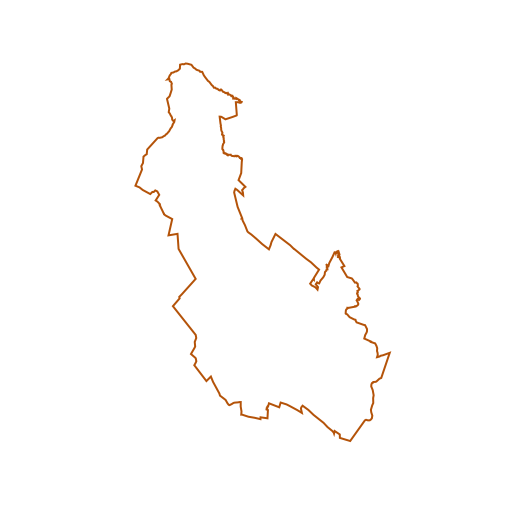 the district of Raucesti, Neamt, Romania, rotated 71°
{"feature_id": "2599482B39967061360083", "entity_name": "Raucesti", "entity_type": "district", "adm_level": 2, "iso_a3": "ROU", "parent_name": "Romania", "parent_adm1": "Neamt", "projection": "robinson", "projection_center": [26.386, 47.259], "detail": "fine", "context": "isolated", "style": "outline", "palette": "amber", "viewbox_px": 512, "rotation_deg": 71, "n_neighbors": 0, "source": "geoboundaries", "source_scale": "gbopen_adm2", "svg_char_len": 6046}
<svg xmlns="http://www.w3.org/2000/svg" viewBox="0 0 512 512"><g transform="rotate(71 256 256)"><path d="M50.4,265.5L54.1,267.0L55.1,269.1L55.5,271.2L55.2,272.5L55.6,274.3L55.3,276.4L56.2,277.2L57.2,278.8L59.6,280.9L60.2,282.1L60.5,280.3L62.7,280.6L63.7,279.6L65.8,279.5L66.5,280.2L71.2,281.5L74.6,284.0L76.8,285.7L77.2,286.4L78.3,288.8L78.5,289.0L88.4,290.0L91.6,291.7L93.3,291.1L95.8,290.8L96.3,290.5L98.0,290.4L99.6,290.8L100.7,290.6L101.3,290.2L101.4,289.9L101.1,288.8L102.7,289.7L104.5,292.0L104.9,292.1L106.8,293.8L107.5,295.1L109.9,297.7L110.3,298.6L111.4,300.3L111.7,301.6L112.5,302.8L112.7,304.5L113.2,305.9L112.9,308.6L112.4,309.7L112.5,310.7L119.9,324.2L124.2,326.2L124.5,327.7L125.4,330.0L131.3,332.6L133.7,335.2L137.1,335.6L150.3,347.1L153.2,343.8L156.7,341.6L163.0,335.8L161.7,333.1L162.2,331.9L161.2,329.9L162.8,328.3L166.7,327.6L170.8,332.8L172.5,331.5L175.7,330.0L176.1,330.1L176.3,330.5L177.3,330.5L177.8,330.2L178.2,330.3L183.0,329.7L185.3,329.5L185.8,329.2L186.6,329.4L188.4,328.2L193.8,323.2L208.0,332.0L209.5,323.0L224.1,326.9L258.0,320.5L268.0,338.5L269.7,341.9L271.2,342.0L276.4,350.9L311.0,338.7L314.1,339.2L317.3,341.9L321.8,343.0L323.0,344.2L327.5,349.4L332.7,346.4L333.4,346.3L336.1,346.7L337.2,347.7L339.2,349.9L358.1,343.6L355.3,337.9L361.0,337.6L374.1,335.4L376.3,335.5L382.2,331.6L386.0,330.9L387.7,330.3L388.2,329.9L388.4,329.6L388.1,327.2L387.6,325.1L387.7,323.9L388.6,320.4L388.7,319.2L389.1,318.0L393.4,319.5L398.2,320.3L401.2,321.6L401.4,320.9L405.5,315.5L408.5,310.0L411.7,304.9L410.0,304.2L413.2,298.0L405.6,294.9L405.3,294.9L404.8,295.7L404.5,295.5L404.3,295.9L403.5,295.5L403.6,295.2L402.3,294.5L401.9,294.0L402.2,293.6L399.5,291.7L406.6,283.3L402.6,280.4L406.3,275.4L408.9,272.9L415.2,267.1L419.3,263.7L414.9,263.2L413.9,262.5L412.7,260.7L418.6,256.6L425.0,253.3L435.8,246.4L441.0,244.1L446.3,240.8L448.4,240.0L449.3,240.0L447.1,238.6L452.0,234.9L455.3,235.9L461.6,227.2L446.9,206.6L446.7,205.3L447.9,203.6L448.4,201.9L448.0,200.6L447.2,199.3L444.8,198.0L441.2,197.9L438.8,197.4L435.0,194.7L433.2,193.0L428.5,191.5L426.0,190.1L420.8,189.3L416.8,189.5L415.0,188.7L413.9,187.7L414.0,186.9L413.3,186.2L413.9,184.0L413.9,183.1L412.2,179.2L412.1,177.3L391.1,161.1L391.2,168.3L390.9,170.7L391.3,172.0L391.1,172.8L391.2,173.6L391.1,174.5L389.2,173.1L387.2,172.6L385.2,172.5L382.6,171.4L380.0,171.4L377.4,171.8L374.7,175.4L374.4,175.1L369.3,180.5L366.3,178.5L364.3,176.3L363.2,175.5L361.2,174.8L356.9,175.4L356.1,176.7L351.5,182.5L349.8,182.8L348.7,182.7L347.9,183.9L344.3,187.4L340.8,188.8L339.8,189.9L339.2,189.9L338.4,189.4L337.7,189.2L336.5,188.6L335.9,188.0L335.3,186.3L334.8,186.3L335.2,185.2L336.2,178.5L335.8,178.5L336.0,177.5L335.9,176.6L335.7,176.0L335.2,175.2L334.3,174.8L331.8,175.0L330.7,175.3L329.7,174.0L329.5,173.4L330.8,173.3L331.1,172.9L330.5,171.8L330.0,171.5L328.8,172.2L327.0,172.7L325.9,172.4L325.0,172.7L324.1,172.6L323.8,171.7L323.6,171.6L322.1,171.5L322.1,170.8L321.7,170.3L321.3,169.0L320.8,168.8L317.8,169.9L316.9,169.2L315.2,168.9L314.5,169.5L313.7,169.7L313.4,171.1L309.7,172.2L308.4,172.7L305.6,176.6L294.6,178.9L294.3,175.7L286.1,177.6L285.4,177.2L284.0,177.1L283.6,177.6L284.1,177.6L284.2,178.1L283.8,178.7L283.5,178.4L282.7,178.5L282.5,178.2L281.9,177.9L282.5,177.6L282.5,177.2L282.3,177.0L282.0,177.1L281.5,176.5L281.0,176.7L280.3,176.6L280.2,177.0L279.7,176.8L279.6,177.2L279.3,177.1L279.0,176.5L278.3,176.5L278.4,176.9L278.1,177.3L278.7,177.6L279.0,177.9L278.4,178.1L278.4,178.7L278.6,179.0L278.9,178.7L279.2,178.8L279.3,179.0L278.9,179.4L279.4,179.7L278.6,179.7L278.1,180.5L281.8,184.0L286.5,189.0L289.1,190.8L286.5,192.5L287.9,192.0L289.7,192.8L290.3,192.5L291.9,192.8L291.7,193.7L292.8,194.3L293.4,195.7L293.8,196.1L296.1,197.2L298.0,199.3L300.2,203.0L302.5,205.2L301.9,206.1L300.8,206.8L302.2,208.7L305.6,207.5L307.8,208.8L305.4,209.8L304.5,210.4L302.0,212.9L299.8,213.8L296.5,209.4L297.3,209.0L295.6,208.4L289.4,200.8L286.5,202.6L279.8,206.1L274.9,209.5L261.6,217.7L261.6,217.9L256.9,220.2L241.5,230.4L247.7,236.7L249.9,238.3L250.1,238.3L253.9,241.6L246.7,246.3L240.5,249.7L234.2,253.4L231.1,255.6L230.0,256.1L223.2,256.4L218.1,257.1L216.1,256.8L215.9,257.4L215.5,257.0L215.1,256.8L203.6,257.4L188.9,256.0L187.5,255.2L185.7,253.6L187.4,252.3L194.5,248.4L191.7,247.7L189.2,247.7L188.5,246.3L187.9,245.6L187.2,243.5L178.6,247.8L172.8,243.0L162.6,238.9L159.9,237.6L158.7,237.8L158.6,238.1L158.9,238.7L158.1,239.0L158.0,239.4L157.2,239.5L155.9,240.2L155.3,240.9L155.5,241.4L155.5,241.8L154.9,242.0L154.9,242.6L154.5,243.0L154.8,243.4L154.6,244.2L154.3,244.5L153.6,246.1L152.7,246.8L152.0,246.9L151.5,248.8L150.8,249.6L151.4,249.5L151.7,249.8L151.5,250.1L149.6,251.1L149.4,251.4L149.1,251.4L149.2,251.9L148.2,252.4L148.3,252.9L148.0,253.1L146.3,252.5L145.4,252.7L144.9,252.5L144.0,253.0L143.1,252.7L140.9,251.7L140.4,251.2L139.7,250.9L138.2,249.1L137.3,249.1L136.9,248.7L135.5,248.7L134.6,248.3L133.5,248.3L133.2,248.0L132.7,248.1L132.6,247.9L132.0,247.9L131.6,247.4L130.2,248.6L129.8,248.5L129.7,248.2L128.4,247.6L126.2,247.9L124.9,247.7L123.7,247.3L121.8,247.1L121.3,246.7L118.9,246.4L112.4,245.0L112.9,243.8L113.3,243.3L116.8,240.4L116.9,232.9L116.8,228.6L116.7,228.4L116.3,228.2L104.0,225.0L104.6,223.2L106.0,221.2L106.1,220.1L106.0,219.7L105.6,219.4L105.2,220.1L104.6,220.5L104.5,220.9L103.9,220.6L103.3,220.6L103.0,220.8L103.0,221.5L102.2,221.7L100.7,222.9L100.9,223.2L100.3,223.5L100.8,223.9L100.3,224.4L100.2,225.3L99.3,225.5L99.8,226.0L99.7,226.3L98.7,225.8L98.1,226.1L96.8,226.1L96.6,226.6L96.8,227.3L96.6,227.4L96.0,227.3L94.9,228.3L94.3,229.0L94.4,229.5L94.4,229.8L93.9,229.8L93.8,229.3L92.7,229.5L93.0,230.1L92.6,230.6L92.5,231.0L92.1,231.1L91.9,232.0L91.0,232.4L89.9,233.8L88.6,234.1L87.2,234.8L87.1,235.3L87.8,235.8L87.6,236.5L86.8,237.3L85.4,237.9L85.0,238.9L84.7,239.2L83.6,239.7L83.2,241.0L81.3,241.4L80.0,242.2L76.2,243.4L74.8,244.4L70.3,245.9L68.2,246.5L64.4,246.9L63.6,248.9L62.5,249.1L60.5,251.7L59.1,252.4L57.6,253.7L54.2,254.8L52.0,258.0L51.1,259.8L51.3,261.8L50.9,262.4L50.6,263.2L50.4,265.5Z" fill="none" stroke="#b45309" stroke-width="2"/></g></svg>